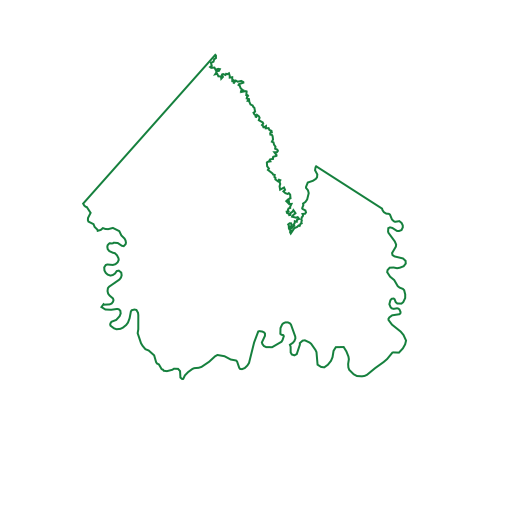 outline of Cabuyaro, Meta, Colombia, rotated 33°
{"feature_id": "7082276B93566761030806", "entity_name": "Cabuyaro", "entity_type": "district", "adm_level": 2, "iso_a3": "COL", "parent_name": "Colombia", "parent_adm1": "Meta", "projection": "albers", "projection_center": [-72.967, 4.313], "detail": "fine", "context": "isolated", "style": "outline", "palette": "green", "viewbox_px": 512, "rotation_deg": 33, "n_neighbors": 0, "source": "geoboundaries", "source_scale": "gbopen_adm2", "svg_char_len": 6156}
<svg xmlns="http://www.w3.org/2000/svg" viewBox="0 0 512 512"><g transform="rotate(33 256 256)"><path d="M82.5,306.2L84.4,307.2L86.3,307.5L87.4,307.1L93.8,309.9L94.4,315.6L95.5,317.5L96.7,318.4L102.4,317.8L104.8,319.5L108.7,320.3L109.5,321.1L111.6,318.7L112.4,316.0L114.9,315.4L117.4,314.0L120.7,310.4L127.8,309.6L131.9,312.1L136.3,313.0L138.2,314.1L139.7,315.7L140.2,317.1L139.7,319.8L137.9,320.5L133.0,320.4L129.5,322.3L129.0,323.4L127.4,324.6L126.5,324.8L126.0,325.8L125.7,327.8L126.3,329.3L127.9,331.0L130.3,331.8L134.3,331.2L136.0,330.5L139.0,331.1L141.9,332.8L143.0,334.1L143.4,336.7L142.6,339.4L140.8,341.5L135.9,344.1L134.9,345.4L134.9,348.2L136.8,350.7L139.2,352.0L141.7,352.4L144.6,351.7L146.3,349.9L147.3,347.5L147.4,344.5L148.9,343.0L152.0,343.3L153.8,345.3L154.5,347.6L154.3,350.1L149.5,361.8L149.3,363.6L150.6,366.3L152.5,368.1L154.7,368.9L159.2,369.5L160.5,370.6L161.0,372.2L160.8,374.5L159.6,376.3L155.2,379.5L154.4,379.4L154.2,383.0L158.8,382.9L163.8,380.0L168.4,376.0L170.0,375.4L172.0,375.8L173.8,377.9L174.4,380.8L173.6,385.7L170.6,389.9L170.6,391.8L171.1,393.0L172.0,393.7L176.3,394.0L178.9,393.4L181.9,391.0L183.4,388.6L184.7,384.6L184.9,381.6L183.9,377.1L181.3,370.7L181.3,369.2L183.2,367.1L185.1,366.4L188.0,367.9L189.5,369.7L197.2,381.6L198.8,385.2L207.1,391.8L209.8,393.1L214.0,394.4L217.5,393.7L224.7,394.8L230.0,399.4L231.5,400.1L233.6,399.8L238.5,402.3L239.9,402.0L241.1,402.5L244.0,401.1L247.8,397.0L248.6,395.2L252.1,393.1L255.0,393.9L258.8,399.1L261.1,399.4L261.9,398.7L261.4,394.8L262.3,390.3L264.2,385.3L265.3,383.7L268.8,381.0L270.7,378.7L274.3,370.2L276.3,362.4L277.6,360.0L284.2,357.2L291.1,356.6L296.2,354.5L297.6,354.8L302.8,358.9L304.2,359.4L305.9,358.5L307.6,356.1L308.4,352.6L308.4,349.5L301.5,329.5L299.0,318.1L299.7,317.2L302.5,315.9L304.6,315.7L305.8,316.2L307.0,318.1L308.0,325.3L309.4,326.4L311.6,327.2L314.1,326.9L319.2,323.7L324.1,314.0L324.0,311.9L323.0,308.1L322.0,307.5L320.2,308.2L318.8,308.0L315.8,303.1L315.2,299.1L315.6,297.5L316.8,295.7L319.0,294.3L321.1,294.0L322.7,294.5L332.8,302.2L333.9,303.6L334.5,306.3L334.2,308.7L332.8,312.0L334.5,313.3L337.6,318.0L339.7,319.1L342.3,318.4L343.6,316.1L341.1,306.5L340.2,305.2L341.2,301.6L342.9,300.1L348.0,299.4L350.1,299.6L357.0,302.4L359.1,303.7L366.8,313.6L371.0,313.6L373.9,312.2L375.5,308.1L376.0,303.1L375.3,299.2L372.7,293.3L372.6,289.0L379.1,284.6L383.8,286.8L388.3,290.0L390.1,292.0L392.1,296.4L394.2,299.2L396.2,300.7L402.3,302.0L406.0,301.7L410.4,299.2L412.4,297.4L413.8,295.2L417.0,285.1L420.8,275.4L422.1,271.0L423.0,262.8L423.6,262.1L428.5,259.2L429.5,253.5L429.2,248.9L427.9,245.2L422.7,241.9L418.5,240.6L407.4,239.5L402.0,237.5L401.3,236.5L401.3,234.8L402.5,231.6L408.0,226.7L408.3,225.5L407.8,224.3L405.4,222.7L404.0,222.6L402.8,223.0L400.2,225.4L398.2,226.0L396.7,225.6L394.1,223.8L392.8,219.9L393.1,218.0L394.6,216.7L395.8,216.8L398.3,218.6L400.4,218.9L403.9,216.7L404.6,214.5L404.0,210.0L402.1,207.0L398.9,204.0L397.1,203.6L393.6,204.3L391.3,204.1L385.0,200.9L379.7,200.3L374.8,198.1L374.0,196.1L374.5,193.0L377.7,190.7L381.0,189.4L383.0,187.5L385.4,184.2L385.7,180.8L384.1,178.6L380.6,178.0L372.4,180.9L370.0,180.9L368.5,179.4L368.2,172.0L367.3,170.1L364.5,168.2L354.4,164.4L353.4,163.5L351.8,160.6L352.8,159.0L355.1,158.2L360.6,158.2L362.3,157.2L363.9,155.0L363.5,152.0L362.4,150.4L360.1,149.0L357.2,148.7L354.0,151.6L352.6,151.8L350.1,151.3L345.8,148.3L344.4,148.3L342.2,149.5L339.4,149.6L337.2,148.7L335.9,147.6L257.6,148.0L257.6,149.1L258.8,151.9L263.0,154.2L264.3,156.7L264.2,158.7L262.8,161.9L259.4,166.2L260.3,170.7L260.8,171.6L263.8,172.6L266.0,174.6L268.1,180.7L268.0,183.8L266.9,186.4L268.0,187.5L268.7,190.8L269.4,191.2L272.6,190.9L274.2,192.2L274.1,193.9L272.1,195.4L273.3,196.3L273.6,197.4L273.3,198.6L274.3,200.8L275.1,201.3L275.6,203.0L276.5,203.7L275.8,204.8L276.2,207.0L275.1,207.2L274.7,209.2L273.0,211.8L272.9,218.2L271.5,217.4L271.1,215.4L269.7,215.6L268.9,215.1L269.0,214.1L270.8,213.1L270.7,212.1L269.3,211.8L267.9,214.0L266.8,212.5L265.8,212.0L266.4,210.2L267.7,209.5L269.5,211.2L270.7,211.4L271.3,210.9L271.6,209.8L270.4,209.1L270.6,207.6L269.6,205.7L271.5,205.1L270.7,203.1L272.0,201.4L269.8,200.7L268.6,202.1L264.8,203.4L264.6,202.5L265.8,198.6L262.4,197.2L262.5,199.0L261.6,200.9L262.3,203.0L261.6,203.6L260.8,202.7L258.5,203.0L257.6,202.1L259.0,200.9L257.7,200.1L257.4,198.4L258.5,197.1L257.8,196.1L257.4,193.0L255.7,194.3L253.4,191.8L253.9,194.0L251.5,193.5L252.1,191.0L253.5,188.8L251.2,185.9L249.3,185.4L248.8,186.7L246.4,187.3L243.8,186.9L244.3,184.7L242.2,183.3L240.1,187.2L237.8,184.7L237.1,182.4L235.3,180.9L235.1,179.2L233.7,179.5L233.9,181.4L230.5,181.2L229.7,179.8L228.4,179.7L227.5,177.8L226.0,178.4L224.9,177.8L219.1,177.3L219.2,175.6L216.5,174.7L214.2,171.7L214.4,170.8L216.4,168.9L215.2,168.5L215.2,167.3L217.4,165.3L216.4,163.9L216.5,163.3L218.6,160.9L218.3,160.2L214.9,159.0L217.0,157.6L217.1,155.9L215.9,155.2L213.6,155.6L212.8,153.7L210.5,152.8L208.8,151.2L207.1,151.5L206.8,149.0L204.6,146.4L203.2,145.7L202.0,146.4L201.2,145.6L200.9,144.4L201.8,143.6L200.8,142.6L198.6,143.0L196.9,141.9L194.7,143.6L193.6,141.7L192.6,143.8L192.1,144.0L191.3,143.2L189.7,142.9L190.0,141.1L188.9,140.3L184.4,140.6L183.7,138.1L182.4,137.3L180.0,137.1L180.5,139.2L179.9,139.4L178.7,138.1L177.5,138.1L175.9,137.2L176.6,135.4L173.9,132.6L172.4,132.4L171.3,131.6L168.8,131.9L165.7,129.8L164.5,130.4L164.4,129.3L165.2,128.9L164.6,128.2L162.4,128.9L161.8,127.4L162.1,126.0L161.3,125.7L160.2,126.3L158.5,123.1L157.6,123.3L154.9,125.9L155.0,124.0L154.3,124.1L153.6,125.3L153.2,123.9L151.4,123.5L149.7,122.1L148.2,122.1L148.1,121.2L151.0,117.5L150.6,117.0L148.3,117.2L145.7,119.8L143.5,119.9L143.2,123.7L142.5,120.7L141.5,120.8L141.3,122.1L140.9,122.3L138.7,119.0L136.8,120.7L135.9,119.3L133.8,117.5L133.0,119.1L131.7,119.5L131.8,120.8L129.4,121.3L128.7,122.1L128.8,122.8L130.7,123.8L130.3,126.2L129.1,124.8L128.3,124.8L126.6,125.8L124.2,124.3L122.8,125.8L122.8,123.8L122.1,122.8L124.1,120.9L123.9,119.0L122.4,119.6L120.6,121.8L118.5,120.6L116.0,122.6L114.6,122.5L115.3,120.6L113.0,118.5L114.5,116.2L113.8,113.8L114.6,111.8L113.2,109.7L112.3,109.5L82.5,306.2Z" fill="none" stroke="#15803d" stroke-width="2"/></g></svg>